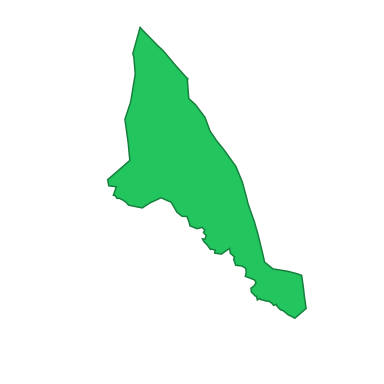 Kaminaria, Limassol, Cyprus, rotated 143°
{"feature_id": "46923920B39379089198364", "entity_name": "Kaminaria", "entity_type": "district", "adm_level": 2, "iso_a3": "CYP", "parent_name": "Cyprus", "parent_adm1": "Limassol", "projection": "natural_earth1", "projection_center": [32.783, 34.924], "detail": "fine", "context": "isolated", "style": "filled", "palette": "green", "viewbox_px": 384, "rotation_deg": 143, "n_neighbors": 0, "source": "geoboundaries", "source_scale": "gbopen_adm2", "svg_char_len": 1513}
<svg xmlns="http://www.w3.org/2000/svg" viewBox="0 0 384 384"><g transform="rotate(143 192 192)"><path d="M127.2,284.8L127.7,288.0L129.0,303.5L130.0,322.3L131.3,329.4L134.0,350.4L134.4,354.7L155.9,338.2L157.3,334.7L166.3,320.4L186.9,300.7L201.8,290.5L213.7,269.1L222.7,254.6L252.0,252.6L252.3,251.8L254.1,248.3L254.7,247.0L249.3,241.7L256.8,236.7L255.4,235.2L255.8,232.1L253.8,230.7L251.9,226.7L250.8,223.4L250.6,219.7L241.3,209.2L232.1,208.6L220.2,206.0L214.8,196.4L216.2,184.8L214.5,178.4L210.8,175.6L212.6,169.2L214.0,166.2L210.1,159.7L205.3,157.7L204.6,154.0L207.3,152.7L206.8,148.6L210.3,146.6L211.9,148.3L212.4,145.1L211.7,140.6L211.9,135.1L210.9,134.7L208.4,131.6L210.7,129.6L205.9,124.7L195.9,124.4L198.3,119.9L197.1,114.6L199.2,113.2L201.2,107.2L196.8,103.0L195.0,98.8L196.8,95.5L200.2,92.5L195.0,84.3L195.4,81.2L198.5,79.7L200.6,79.7L202.8,79.7L204.8,76.4L204.1,70.8L203.2,69.9L204.8,66.5L201.9,66.2L202.0,64.8L200.9,63.7L198.9,60.9L196.1,58.0L195.2,55.2L195.0,52.2L192.3,51.5L192.8,49.8L192.3,44.8L190.6,42.3L189.9,39.5L189.1,36.0L188.1,34.2L185.8,29.3L170.9,30.3L165.1,41.0L160.7,48.4L154.6,59.4L157.2,63.4L163.2,71.0L172.6,80.8L173.6,81.9L174.5,85.3L176.2,92.4L173.0,99.4L166.8,113.8L165.0,118.0L161.0,128.4L160.2,130.3L156.5,142.2L155.0,146.7L154.2,149.2L152.3,153.5L145.9,169.4L141.6,185.8L141.1,206.0L141.5,219.0L141.4,219.9L140.9,229.8L136.7,243.8L136.7,259.7L138.3,268.5L135.4,273.2L131.7,279.0L128.0,284.6L127.7,284.6L127.2,284.8Z" fill="#22c55e" stroke="#15803d" stroke-width="1.5"/></g></svg>